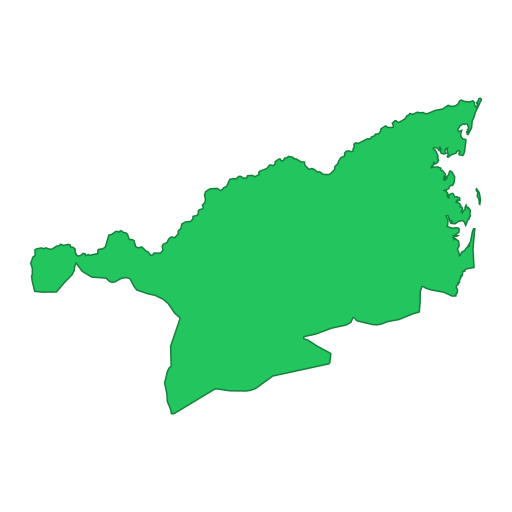 the district of Govuro, Inhambane, Mozambique
{"feature_id": "85939544B19130781251351", "entity_name": "Govuro", "entity_type": "district", "adm_level": 2, "iso_a3": "MOZ", "parent_name": "Mozambique", "parent_adm1": "Inhambane", "projection": "albers", "projection_center": [34.741, -21.317], "detail": "fine", "context": "isolated", "style": "filled", "palette": "green", "viewbox_px": 512, "rotation_deg": 0, "n_neighbors": 0, "source": "geoboundaries", "source_scale": "gbopen_adm2", "svg_char_len": 6083}
<svg xmlns="http://www.w3.org/2000/svg" viewBox="0 0 512 512"><path d="M474.0,267.5L473.0,248.9L474.8,228.7L473.6,228.8L472.4,231.8L470.5,241.6L468.2,245.7L469.3,245.3L469.4,245.9L466.4,247.9L464.6,250.6L461.7,252.1L460.3,255.2L459.4,255.8L458.9,252.6L457.4,249.2L459.2,245.7L458.5,241.0L455.8,239.1L453.8,239.6L454.0,238.3L452.9,237.6L453.0,237.1L454.2,237.5L453.1,236.3L453.3,235.6L456.3,236.5L457.7,235.7L454.6,235.4L458.9,232.3L459.2,229.0L457.6,227.7L452.1,228.2L447.0,226.3L447.8,224.4L447.9,219.6L445.9,215.9L448.1,215.6L449.8,220.6L451.3,220.6L452.4,221.4L451.8,222.5L450.3,222.2L451.0,223.4L455.1,223.8L458.3,221.4L462.7,220.6L463.9,221.5L465.7,225.4L467.8,219.9L469.2,218.8L469.2,217.5L470.5,215.9L469.7,214.0L470.3,211.8L470.0,209.6L468.1,208.5L467.9,208.0L468.6,207.9L468.3,207.5L467.0,207.4L466.1,205.1L465.0,207.7L465.1,209.7L463.4,210.5L462.4,212.9L461.5,211.9L462.1,211.6L461.8,209.8L462.5,208.7L462.0,207.4L460.1,206.8L460.8,205.9L460.5,204.8L457.6,201.7L456.5,202.6L456.0,202.0L457.4,200.0L459.8,200.4L459.5,197.8L456.5,196.7L454.8,197.1L453.4,194.0L452.2,193.3L449.2,194.7L448.6,195.9L449.0,197.7L448.4,198.0L447.0,195.4L447.8,194.2L447.6,192.9L446.3,192.3L446.6,191.2L444.3,190.5L448.9,188.7L448.9,187.6L450.4,185.5L452.4,185.4L453.2,184.6L454.3,181.8L454.7,176.9L452.0,172.0L450.1,170.9L449.5,171.6L448.7,174.7L446.8,176.9L446.8,178.0L446.1,177.5L446.2,176.7L445.3,177.3L445.7,179.7L444.6,180.3L443.0,179.2L444.8,179.4L443.8,176.8L445.3,175.3L445.4,174.2L442.5,170.4L441.6,170.7L440.6,170.0L440.9,168.2L438.0,167.0L433.2,167.0L431.4,167.8L431.0,167.0L433.4,164.9L433.6,162.4L434.2,162.4L434.6,164.0L435.5,163.9L437.9,162.0L437.8,161.0L438.6,160.2L437.3,157.3L438.0,156.9L438.0,155.9L435.3,150.1L434.0,149.7L433.4,148.0L434.0,147.5L437.2,148.1L439.1,150.5L439.8,148.8L439.4,146.6L441.0,148.7L440.6,151.3L441.1,153.1L443.7,154.1L446.2,153.3L444.6,151.2L445.7,149.1L447.6,148.0L447.0,150.0L448.3,154.8L447.3,156.2L447.7,157.1L448.6,157.0L451.1,154.9L455.7,153.3L456.6,152.5L456.6,151.4L459.1,150.6L459.9,152.0L458.9,153.3L459.1,154.7L462.5,155.5L463.3,155.0L464.5,151.9L466.0,140.3L465.8,139.6L462.9,138.9L461.3,137.2L460.6,134.1L461.7,130.4L458.9,131.6L457.8,130.4L457.9,129.2L460.1,125.9L462.8,123.9L464.2,124.5L465.8,123.8L467.3,124.2L468.8,128.3L467.3,129.8L468.8,131.2L468.3,131.8L466.7,131.8L467.4,134.5L468.1,134.4L471.5,128.1L472.2,121.1L474.5,115.7L475.1,113.0L481.3,99.8L481.0,98.6L479.9,98.3L478.9,98.7L477.8,101.4L476.5,102.6L477.2,104.5L477.4,103.1L478.3,104.4L476.2,107.2L474.6,105.1L474.3,102.3L473.0,100.8L469.4,102.0L464.4,101.4L461.2,100.0L459.6,101.0L457.9,104.1L455.2,106.0L451.3,106.4L448.1,105.3L442.7,109.0L435.2,110.4L427.4,113.7L425.2,113.6L423.1,112.5L420.1,112.8L417.3,112.2L412.9,114.3L409.8,113.5L408.8,115.0L406.9,115.8L405.3,118.6L400.0,121.9L398.0,122.3L395.9,120.7L394.8,120.8L392.3,123.2L393.5,126.2L393.0,127.4L387.9,127.5L385.6,125.8L380.9,128.9L380.7,131.2L378.5,133.9L375.6,134.1L374.2,135.9L371.3,137.1L370.5,138.9L367.1,138.9L358.4,143.4L355.4,142.8L353.9,144.4L354.3,146.6L353.0,149.4L353.3,151.1L352.0,151.7L348.2,150.8L346.0,151.4L344.6,153.2L344.7,156.0L340.9,157.6L338.4,161.4L338.0,163.6L335.0,166.4L334.5,169.6L330.7,173.5L328.5,174.7L322.9,174.2L319.9,171.9L316.9,171.9L315.1,169.9L312.1,168.5L308.9,169.3L304.8,165.2L304.5,162.1L301.1,161.9L296.4,159.0L294.1,158.8L292.9,157.3L288.6,156.4L286.7,157.8L284.5,158.2L283.6,160.4L282.8,160.8L281.1,160.7L280.4,159.1L279.0,159.0L275.0,161.8L275.2,163.9L274.6,164.7L272.9,165.6L269.8,164.9L266.7,168.6L259.7,171.2L258.6,172.6L259.3,174.4L255.0,176.7L252.4,175.4L247.5,175.7L246.7,178.0L243.0,178.2L241.2,176.5L238.9,176.3L236.0,178.9L233.1,178.6L229.8,179.4L226.6,186.4L223.7,187.8L221.5,190.4L220.2,190.4L217.1,188.4L210.6,188.7L208.3,189.8L205.6,191.8L204.5,194.8L205.4,199.2L205.0,202.4L202.4,205.2L203.3,207.3L202.9,208.8L199.3,209.7L198.2,211.4L198.2,213.7L197.3,215.3L193.0,216.4L192.9,219.1L190.4,221.5L185.6,221.9L181.9,223.9L180.9,228.4L178.1,231.1L178.3,233.7L175.1,237.3L173.7,237.6L172.1,236.9L170.3,237.4L168.5,239.4L167.1,242.5L163.4,244.1L162.2,246.2L163.0,250.3L160.4,253.1L154.0,253.0L152.7,254.9L150.6,255.4L148.3,252.0L146.0,251.0L142.2,247.3L141.3,247.0L138.4,247.9L135.7,246.7L134.0,240.6L132.4,239.6L129.3,239.5L127.5,234.3L126.0,233.0L122.7,232.2L122.3,231.3L120.5,230.7L118.9,232.1L117.1,231.3L115.7,231.5L111.7,234.4L108.8,235.1L105.3,247.0L102.8,248.8L98.4,249.4L97.7,251.0L97.8,253.2L96.9,253.7L89.6,255.4L88.3,254.5L85.8,255.6L85.1,253.8L83.1,253.4L81.0,255.3L78.0,256.1L76.8,255.3L75.1,252.3L75.2,249.1L73.4,247.5L70.5,246.8L70.1,244.8L67.9,244.4L63.6,245.5L60.6,244.2L58.7,246.1L56.8,246.0L52.2,249.1L49.5,249.2L46.1,247.9L43.5,248.6L41.1,247.9L36.3,249.0L34.9,249.9L35.2,255.4L33.0,257.0L30.7,263.3L32.3,268.1L32.3,274.5L31.6,276.0L32.1,280.6L34.7,291.4L42.5,292.1L56.4,292.0L64.3,282.7L72.0,274.8L74.2,270.5L74.8,265.6L76.2,263.1L82.3,271.4L91.5,277.0L106.1,278.2L109.6,281.5L112.0,282.3L114.9,281.9L121.5,278.3L126.3,277.6L129.9,278.6L133.9,286.2L136.6,289.9L147.5,293.7L155.2,295.4L163.4,299.4L168.2,303.6L174.6,313.0L180.2,318.1L170.6,346.3L171.2,366.0L169.0,368.1L167.5,371.2L164.6,382.8L167.0,394.5L167.3,401.3L170.9,410.2L171.3,413.6L174.0,413.7L214.7,389.1L217.9,389.0L229.6,390.8L246.1,391.0L250.7,390.3L255.6,388.5L272.8,376.0L328.6,363.9L329.8,362.8L330.8,353.5L316.4,345.7L308.1,340.2L304.4,339.0L303.7,338.6L303.9,336.6L316.0,334.0L331.1,328.3L346.4,324.9L350.9,322.3L353.0,317.6L354.5,318.0L356.7,320.6L358.8,321.3L372.8,324.6L377.5,324.8L381.8,323.9L387.3,321.7L399.0,319.5L412.3,314.0L418.7,312.2L419.3,311.8L420.1,302.8L420.3,291.7L421.8,286.7L423.3,286.6L425.7,288.2L431.6,290.0L443.7,292.2L452.3,296.1L455.9,295.9L455.8,294.4L457.1,293.3L457.6,290.0L456.2,286.9L456.7,285.3L458.2,284.6L458.1,282.8L459.0,283.0L459.6,282.0L459.4,280.4L461.0,277.4L460.7,276.1L462.3,275.8L462.9,271.3L464.9,271.1L465.0,269.7L466.6,268.8L474.0,267.5ZM479.8,204.3L480.4,199.7L479.6,194.3L479.0,192.2L476.5,188.8L476.1,189.9L477.8,192.8L477.2,196.0L479.0,199.4L479.3,203.9L479.8,204.3Z" fill="#22c55e" stroke="#15803d" stroke-width="1.5"/></svg>